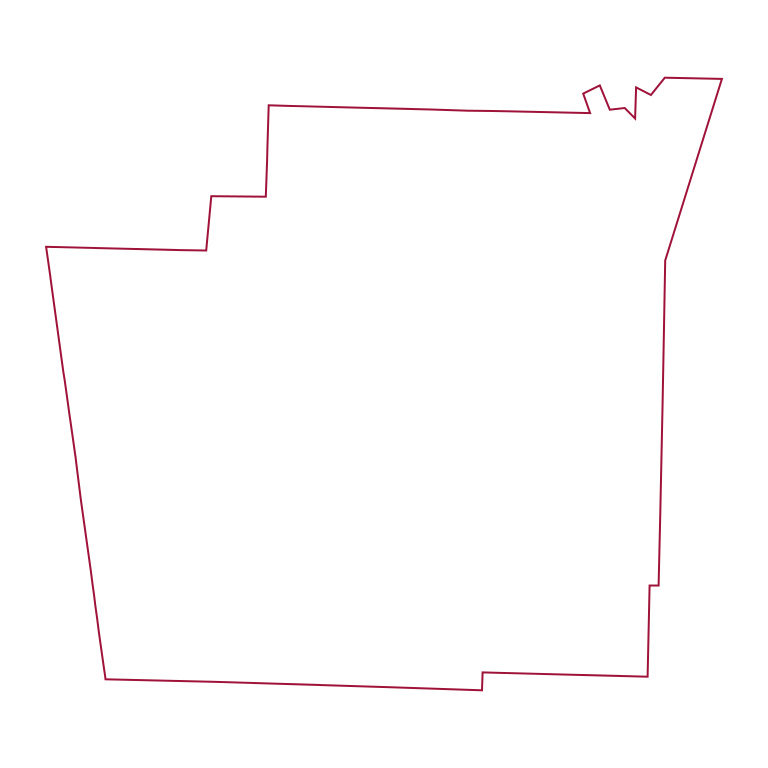 Washington, Arkansas, United States of America (Albers equal-area conic projection)
{"feature_id": "52423323B11717840957677", "entity_name": "Washington", "entity_type": "district", "adm_level": 2, "iso_a3": "USA", "parent_name": "United States of America", "parent_adm1": "Arkansas", "projection": "albers", "projection_center": [-94.296, 35.993], "detail": "fine", "context": "isolated", "style": "outline", "palette": "rose", "viewbox_px": 768, "rotation_deg": 0, "n_neighbors": 0, "source": "geoboundaries", "source_scale": "gbopen_adm2", "svg_char_len": 887}
<svg xmlns="http://www.w3.org/2000/svg" viewBox="0 0 768 768"><path d="M46.1,246.8L50.4,277.0L50.5,278.2L62.5,365.8L63.4,372.3L64.6,379.7L66.2,391.0L70.0,418.5L70.1,418.9L73.7,444.1L74.0,446.2L75.4,456.2L75.7,457.7L75.7,457.9L75.7,458.6L80.8,499.4L90.7,569.9L92.7,585.4L94.0,594.6L95.4,606.1L97.3,619.7L97.7,623.0L97.9,624.5L98.8,631.7L99.4,636.0L103.9,667.8L105.1,675.8L105.5,679.3L213.5,681.8L319.7,685.0L322.3,685.1L392.3,687.3L482.0,690.3L482.6,672.4L500.8,672.9L647.6,676.7L649.6,585.5L658.6,585.5L660.3,512.7L662.6,402.9L663.9,332.7L665.2,260.5L721.9,78.9L664.8,77.7L650.9,95.0L636.1,87.4L635.1,118.5L624.7,108.0L609.8,109.7L599.8,85.4L583.2,93.6L590.1,113.1L513.1,111.4L492.7,111.0L467.7,110.7L431.2,109.5L422.9,109.3L291.8,106.0L268.7,105.3L267.4,147.8L267.1,160.8L265.8,196.7L211.3,196.2L206.2,250.5L180.0,250.1L46.1,246.8Z" fill="none" stroke="#9f1239" stroke-width="2"/></svg>